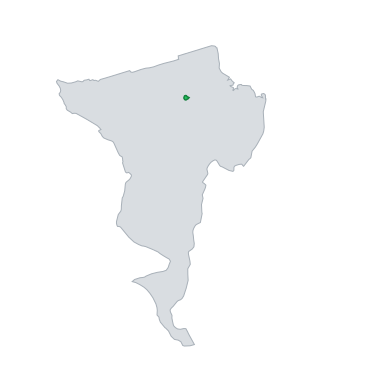 Mfoundi, Centre, Cameroon shown in context, rotated 163°
{"feature_id": "32672807B36529963659187", "entity_name": "Mfoundi", "entity_type": "district", "adm_level": 2, "iso_a3": "CMR", "parent_name": "Cameroon", "parent_adm1": "Centre", "projection": "orthographic", "projection_center": [11.497, 3.804], "detail": "fine", "context": "in_parent", "style": "filled", "palette": "green", "viewbox_px": 384, "rotation_deg": 163, "n_neighbors": 0, "source": "geoboundaries", "source_scale": "gbopen_adm2", "svg_char_len": 4045}
<svg xmlns="http://www.w3.org/2000/svg" viewBox="0 0 384 384"><g transform="rotate(163 192 192)"><path d="M94.1,259.3L94.9,257.3L100.4,247.9L104.0,232.8L105.6,229.3L107.2,226.9L115.3,219.0L118.3,216.4L122.6,213.5L125.7,207.6L126.8,207.0L128.1,206.5L135.1,201.5L135.7,202.5L136.1,203.7L136.6,204.2L138.9,204.6L142.0,204.6L143.7,204.3L144.7,203.3L145.6,200.5L146.2,200.0L146.9,199.8L150.3,201.8L155.8,207.2L157.2,208.2L157.8,209.3L159.0,214.2L159.7,215.5L160.9,216.0L163.1,215.6L165.3,214.8L167.3,213.5L169.2,211.9L170.6,210.4L171.1,209.3L171.4,205.2L171.9,204.3L179.1,198.5L178.9,197.9L177.7,196.3L176.7,194.5L177.7,192.6L178.8,191.1L183.0,186.3L183.3,182.7L186.6,177.2L188.5,169.8L188.6,168.4L192.9,160.4L197.5,159.6L199.2,158.5L201.2,156.5L202.5,154.6L203.1,152.9L203.6,149.5L204.4,145.6L204.9,142.1L206.2,139.0L208.5,137.4L212.5,136.1L213.1,135.4L213.6,133.4L214.2,126.4L214.8,123.3L218.5,119.8L220.1,114.4L221.5,108.7L225.6,101.8L230.4,95.0L232.6,93.1L234.5,92.3L236.7,92.2L238.2,91.7L243.4,88.2L245.6,87.1L247.2,85.9L247.6,84.9L247.7,83.4L247.2,79.9L248.1,77.3L248.5,73.3L248.7,70.1L248.5,69.1L247.5,67.2L245.9,65.3L243.3,64.1L239.7,63.8L237.8,63.1L237.1,59.6L236.8,57.3L234.3,45.4L238.8,45.5L244.3,46.9L245.7,47.9L246.4,52.0L248.4,54.3L251.9,56.2L254.1,60.1L255.1,66.0L257.0,69.6L257.5,70.1L260.3,76.8L260.5,79.9L260.2,82.0L261.4,84.6L259.8,89.0L259.3,91.7L259.2,95.5L260.3,102.3L261.9,107.5L263.7,111.7L265.7,114.9L268.8,118.5L272.2,121.8L275.4,123.8L272.5,125.1L266.9,125.2L263.7,124.6L262.1,124.5L260.6,125.0L254.6,125.6L248.6,125.3L242.9,124.5L239.5,124.7L236.9,126.7L234.8,129.7L232.8,132.1L233.6,134.8L235.1,136.2L238.0,139.4L240.6,142.5L242.0,144.6L247.2,149.2L252.2,153.3L254.6,154.7L255.5,155.0L258.3,157.3L262.1,161.2L265.6,167.2L270.6,179.3L271.7,180.3L273.3,180.9L273.5,182.2L273.4,184.1L272.9,185.7L269.1,192.0L265.7,194.5L264.7,196.0L263.5,199.6L260.4,206.8L259.1,207.9L256.0,212.8L253.5,218.9L252.9,219.9L251.9,220.7L248.3,222.2L247.1,223.0L245.3,224.9L245.0,226.1L245.9,227.9L246.9,229.3L248.8,229.3L249.8,230.6L249.9,240.1L249.0,241.6L249.1,242.2L248.7,243.9L248.5,245.7L248.8,246.4L249.5,247.0L250.5,248.3L251.1,251.2L252.4,261.6L252.9,263.2L253.9,264.3L257.1,266.5L260.5,269.4L261.5,271.3L262.1,274.5L263.4,276.9L263.4,277.7L262.9,278.1L260.8,278.3L261.5,280.1L263.2,283.2L271.8,292.7L279.9,301.1L281.8,301.8L283.3,301.9L283.9,302.5L284.6,303.7L287.4,306.8L287.9,308.5L287.3,310.3L287.9,312.9L288.4,313.9L288.2,314.7L288.5,318.0L289.3,320.8L290.5,323.2L290.3,324.9L288.8,325.9L287.9,327.4L287.6,329.6L288.1,332.3L289.3,335.5L289.3,337.3L287.4,338.6L285.2,336.4L282.8,335.0L279.2,332.4L275.5,331.5L270.8,331.4L268.8,331.7L265.3,329.7L264.2,329.4L262.6,330.3L261.6,330.3L260.2,330.0L257.6,330.0L257.3,328.6L256.9,328.3L254.0,328.4L253.1,327.2L252.7,327.3L251.5,327.0L249.2,325.2L246.8,326.4L241.7,326.3L216.1,326.3L215.5,324.7L214.2,323.9L211.9,323.8L205.1,324.1L199.9,323.9L196.4,323.2L192.0,322.9L186.7,323.2L181.2,323.2L171.3,322.7L165.9,322.8L166.0,323.8L165.7,324.5L165.4,326.2L130.6,326.2L127.8,325.0L126.9,324.2L126.6,322.8L126.0,322.6L126.5,316.6L127.7,311.5L128.2,306.8L129.8,302.6L129.0,298.5L128.0,296.7L122.7,290.8L125.1,288.6L122.0,288.9L121.3,286.7L119.7,284.0L120.7,283.6L121.6,282.2L124.5,282.6L124.4,281.9L121.9,279.7L122.2,278.6L123.2,277.4L122.7,276.9L120.9,278.1L119.6,278.1L118.6,277.3L117.9,277.1L118.3,278.8L117.3,280.3L116.4,280.8L114.8,280.7L113.4,280.4L113.1,279.5L111.9,278.9L108.4,277.7L105.5,276.4L104.9,272.8L103.7,271.3L103.3,269.6L103.0,267.6L103.4,264.5L102.7,264.0L101.8,263.8L100.5,264.0L99.4,263.8L98.0,262.1L96.8,261.4L97.5,264.6L96.7,265.4L94.6,265.2L93.7,264.0L93.5,263.1L94.5,259.3L94.1,259.3Z" fill="#d9dde1" stroke="#a8b0b8" stroke-width="1"/><path d="M167.2,283.1L167.4,283.3L167.8,283.7L168.5,284.4L168.9,284.9L169.2,285.7L169.7,286.1L170.1,286.1L171.0,286.1L171.4,285.6L171.8,285.1L172.3,284.3L172.2,283.5L172.0,282.6L171.4,282.0L170.6,281.8L170.3,281.9L169.7,282.1L169.2,282.2L168.5,282.3L167.9,282.7L167.2,283.1Z" fill="#22c55e" stroke="#15803d" stroke-width="1.5"/></g></svg>